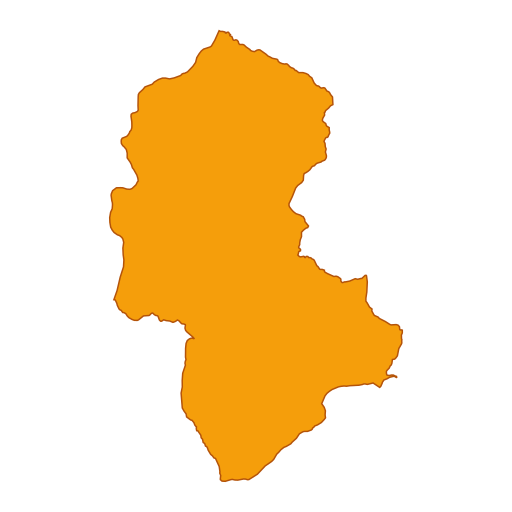 the district of Barichara, Santander, Colombia
{"feature_id": "7082276B84209220800631", "entity_name": "Barichara", "entity_type": "district", "adm_level": 2, "iso_a3": "COL", "parent_name": "Colombia", "parent_adm1": "Santander", "projection": "mercator", "projection_center": [-73.205, 6.646], "detail": "fine", "context": "isolated", "style": "filled", "palette": "amber", "viewbox_px": 512, "rotation_deg": 0, "n_neighbors": 0, "source": "geoboundaries", "source_scale": "gbopen_adm2", "svg_char_len": 6020}
<svg xmlns="http://www.w3.org/2000/svg" viewBox="0 0 512 512"><path d="M396.5,376.4L394.9,375.9L393.5,375.1L391.7,375.0L389.3,375.5L387.3,375.2L386.8,374.8L386.4,373.1L386.4,371.5L386.8,370.6L389.2,368.1L390.2,365.9L391.3,364.9L391.9,363.2L392.4,359.5L394.7,359.1L396.0,357.8L397.4,355.8L398.8,348.6L401.6,343.7L401.8,342.7L401.7,340.5L401.9,339.9L401.5,338.5L401.4,335.1L402.3,332.9L402.3,330.2L401.9,329.9L400.6,330.0L399.8,329.6L399.4,326.6L398.0,325.1L396.2,324.6L391.2,324.9L390.0,324.5L385.3,321.5L379.4,318.5L378.0,317.0L374.7,315.6L374.0,315.0L371.8,311.0L372.0,309.0L369.5,307.1L367.1,302.8L365.9,301.2L365.9,298.1L366.8,292.1L367.3,281.9L366.5,275.8L366.1,275.3L365.1,275.4L361.9,278.4L360.7,278.5L357.7,279.3L355.2,278.7L349.6,281.1L345.5,281.9L344.5,281.9L342.7,282.6L342.0,282.5L341.2,281.6L340.8,280.7L340.9,279.7L340.6,278.7L337.8,276.7L336.1,276.2L333.9,276.5L327.5,273.6L325.2,272.3L324.7,271.8L324.3,270.9L324.4,270.2L322.2,269.4L320.3,269.4L319.7,269.2L318.0,266.6L316.8,265.7L314.2,260.2L313.3,259.4L312.1,259.0L311.3,258.1L310.0,257.6L308.8,257.6L307.8,256.5L307.1,256.4L306.3,256.4L305.1,257.6L304.6,257.4L304.3,256.6L303.7,256.3L300.6,256.9L299.3,256.5L297.8,255.0L298.2,254.2L298.7,251.8L299.6,251.1L300.4,250.9L300.6,249.8L300.0,248.8L298.7,247.8L298.7,246.8L299.7,244.6L299.7,242.8L300.3,239.7L301.5,236.6L301.5,232.2L303.5,230.1L305.9,228.2L307.7,227.6L308.5,226.0L304.9,221.5L304.7,219.4L303.3,216.8L301.3,215.9L300.8,215.3L296.0,213.7L293.3,211.6L291.4,209.5L289.5,206.9L289.0,205.5L289.0,203.6L292.3,196.6L295.7,188.0L297.7,185.5L301.7,182.5L303.3,180.2L303.6,175.4L304.2,173.5L305.9,172.7L307.9,171.4L309.8,169.8L312.3,166.4L314.5,165.7L315.6,164.3L317.1,163.2L321.1,162.0L322.0,161.2L324.6,160.2L325.4,159.3L326.2,157.8L326.4,156.8L326.4,155.6L325.4,152.0L326.1,149.0L325.3,146.7L325.0,143.3L324.0,141.5L324.4,140.3L325.7,137.9L326.5,137.4L327.3,137.4L328.0,136.8L328.9,134.6L329.7,133.3L329.7,132.2L329.2,129.9L329.2,127.6L326.7,126.1L326.3,125.5L325.7,123.5L323.2,121.7L322.5,120.8L322.4,119.8L322.8,118.3L324.6,115.1L324.4,112.5L325.0,112.2L325.6,110.6L328.6,108.1L330.5,105.8L332.9,104.6L332.5,97.0L330.6,94.6L329.4,92.4L328.4,91.6L327.2,91.2L326.7,90.7L324.9,88.1L323.8,87.7L321.3,88.1L320.1,87.5L319.4,86.6L318.4,86.0L317.1,85.8L316.1,85.2L314.1,82.9L311.8,77.8L309.6,76.3L308.2,74.6L306.0,73.5L302.9,72.6L298.7,72.6L296.2,70.5L295.3,70.5L294.1,69.0L292.8,68.1L291.5,67.8L289.5,66.5L288.7,65.4L287.1,64.0L285.9,63.8L285.0,64.1L283.7,63.9L282.1,63.6L279.5,62.5L278.1,61.0L277.7,59.8L276.9,59.2L272.4,58.3L269.5,56.7L268.2,56.2L265.9,54.1L259.9,49.9L258.4,49.8L256.9,50.2L254.6,51.6L252.4,51.3L250.4,50.4L250.0,49.6L246.3,47.1L244.1,45.0L242.9,44.5L239.8,44.5L238.8,43.6L238.2,41.5L237.2,40.3L235.9,39.8L234.3,40.3L233.4,40.1L232.7,39.2L232.7,38.6L231.8,36.5L230.1,35.9L229.8,35.4L230.4,34.5L229.4,33.9L228.8,32.6L228.3,32.2L227.0,32.3L226.1,33.1L225.4,32.9L225.0,32.0L222.5,31.4L220.4,31.4L219.1,30.7L214.8,40.3L211.4,46.1L210.0,47.0L203.6,49.1L201.3,51.0L199.2,53.7L196.8,57.6L195.6,62.4L192.9,66.3L187.5,71.9L184.6,73.3L183.4,73.4L182.0,74.0L180.7,75.5L174.2,77.9L169.5,78.9L165.6,78.1L162.4,78.1L158.5,79.5L154.2,82.1L152.3,84.2L145.0,86.9L142.9,89.5L139.4,92.7L138.4,94.4L138.2,96.4L138.0,105.5L138.2,110.3L137.3,111.5L135.1,112.6L132.7,113.1L131.2,114.3L131.0,116.3L131.8,121.9L131.9,125.9L131.8,127.9L131.1,130.1L129.8,131.6L129.3,133.1L128.1,134.9L126.7,136.4L122.2,138.2L121.3,139.8L121.2,141.5L121.4,143.5L122.7,145.6L124.2,146.9L126.3,149.5L127.2,153.1L127.2,157.9L130.2,162.2L131.4,164.5L132.4,167.8L133.6,169.3L136.9,175.1L137.9,178.4L138.2,181.0L137.3,182.1L136.0,184.8L132.2,188.4L130.6,189.1L129.7,189.3L126.8,189.1L122.8,187.8L120.4,187.7L116.4,187.8L112.6,190.7L111.3,193.9L111.1,195.3L111.8,200.5L112.4,202.8L112.5,204.8L112.2,208.8L110.6,212.3L109.7,217.6L109.9,222.4L110.7,227.2L112.3,230.2L114.1,232.5L117.4,234.8L119.6,235.6L121.9,237.5L122.9,239.1L123.7,242.4L122.9,248.1L123.2,254.9L123.9,260.0L123.5,266.9L120.2,277.2L117.1,290.5L113.9,299.7L115.0,299.8L115.8,301.1L116.8,303.3L117.3,305.3L119.0,308.9L119.7,309.7L121.2,310.4L122.7,312.5L124.2,312.7L125.9,313.8L127.2,315.9L128.8,317.6L131.9,319.4L134.3,320.3L137.3,320.4L138.5,319.9L143.5,315.9L149.0,315.5L149.7,315.1L151.0,313.7L152.0,313.1L152.8,313.1L154.4,314.7L155.9,315.5L157.4,315.7L158.0,316.2L159.4,320.0L160.6,321.2L161.6,321.2L163.7,319.8L166.1,320.6L169.7,321.0L172.8,322.3L173.5,322.2L175.6,321.3L177.4,320.0L179.1,320.9L180.6,322.7L181.9,323.8L183.8,324.0L185.3,324.6L185.4,325.3L185.0,328.1L185.6,330.3L186.7,331.7L192.7,336.9L194.0,338.4L193.8,338.6L192.4,338.2L191.2,338.2L189.5,338.8L187.3,340.5L186.1,343.4L185.6,348.2L185.5,357.2L186.0,359.5L185.3,361.3L185.0,363.2L185.4,365.2L182.7,373.3L182.2,380.5L182.3,387.0L181.1,393.1L182.3,408.0L184.1,411.2L186.1,413.9L186.6,416.9L190.0,419.5L191.0,420.1L192.0,420.3L193.9,422.6L194.8,425.0L195.7,426.2L196.4,426.7L196.3,428.8L196.7,430.7L197.8,430.8L200.8,435.2L201.2,437.8L202.5,439.2L203.2,442.5L204.7,443.5L205.5,446.1L206.6,446.5L207.4,447.8L208.2,450.2L210.7,454.4L212.5,455.9L213.9,457.9L215.5,458.4L219.2,466.5L219.9,471.6L219.8,473.2L220.7,475.5L220.3,479.1L220.4,479.7L222.0,481.1L225.3,481.3L230.9,479.6L232.4,479.4L234.9,480.0L237.8,480.1L243.5,479.0L245.6,479.1L247.5,479.7L248.8,479.6L250.1,478.8L257.4,474.2L265.2,465.9L271.7,461.4L273.7,459.4L276.7,454.2L278.7,452.3L280.8,449.8L284.0,447.3L286.3,446.4L290.8,443.8L292.2,442.1L296.4,438.3L299.4,433.8L302.8,431.8L304.4,431.4L307.5,431.4L311.3,430.0L312.2,429.2L312.6,428.1L313.9,427.1L314.7,426.0L317.5,424.9L321.4,422.5L324.3,419.4L325.5,417.8L325.1,415.0L325.4,410.8L324.2,407.3L321.7,403.7L325.0,395.9L326.9,393.4L329.4,391.3L332.1,389.5L338.6,386.8L341.3,386.3L344.0,386.0L346.6,386.2L349.7,385.7L359.0,385.2L362.4,384.5L363.6,384.0L365.0,383.9L367.3,384.4L373.1,383.0L379.7,387.4L380.8,386.3L382.1,383.4L382.4,382.3L383.9,380.0L387.0,378.8L389.6,377.3L393.3,376.4L394.5,376.4L396.4,377.5L396.7,377.3L396.5,376.4Z" fill="#f59e0b" stroke="#b45309" stroke-width="1.5"/></svg>